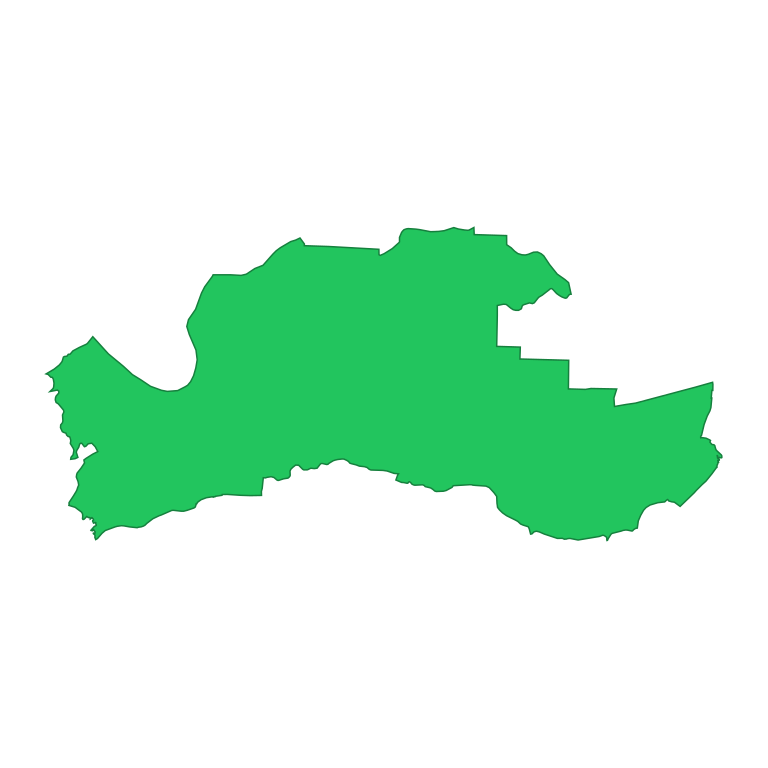 outline of Pardina, Tulcea, Romania
{"feature_id": "2599482B7661903107032", "entity_name": "Pardina", "entity_type": "district", "adm_level": 2, "iso_a3": "ROU", "parent_name": "Romania", "parent_adm1": "Tulcea", "projection": "mercator", "projection_center": [29.053, 45.284], "detail": "fine", "context": "isolated", "style": "filled", "palette": "green", "viewbox_px": 768, "rotation_deg": 0, "n_neighbors": 0, "source": "geoboundaries", "source_scale": "gbopen_adm2", "svg_char_len": 5994}
<svg xmlns="http://www.w3.org/2000/svg" viewBox="0 0 768 768"><path d="M83.9,460.0L84.5,463.0L81.1,468.1L77.2,473.0L76.7,474.4L76.3,477.0L78.1,481.6L78.7,485.1L77.7,487.4L77.0,489.7L76.2,491.4L73.4,496.0L69.1,502.5L69.0,504.0L69.3,504.3L68.9,505.4L75.1,507.3L81.4,512.0L82.1,513.0L82.6,514.3L82.7,516.6L82.5,518.7L82.9,519.4L83.3,519.5L84.1,519.2L86.8,516.5L88.4,517.6L89.1,517.4L90.1,517.8L90.2,519.1L90.7,518.8L91.5,517.8L91.8,517.6L92.1,517.7L92.2,518.2L93.1,518.7L93.6,520.0L92.8,520.5L92.6,521.0L93.5,523.1L93.8,523.2L95.0,522.4L95.8,522.6L95.8,524.1L96.2,524.5L96.3,525.3L95.6,525.9L94.4,526.3L90.9,530.3L91.1,530.5L91.9,530.4L92.2,530.8L92.7,530.7L93.0,530.4L92.8,529.6L93.3,529.5L93.7,529.8L95.1,531.8L95.1,532.8L94.9,533.2L93.9,533.0L93.3,533.3L93.4,533.7L95.0,535.1L94.9,537.7L95.3,538.1L95.3,538.6L95.7,539.6L97.5,538.5L102.0,533.3L105.3,530.5L115.1,526.9L117.2,526.3L121.4,525.7L124.0,525.9L129.6,526.9L137.2,527.7L138.5,527.2L141.0,526.9L143.4,526.1L145.0,525.2L146.8,523.4L152.9,518.7L159.2,515.7L161.0,515.1L171.8,510.4L173.4,510.3L181.3,511.2L183.7,511.2L187.2,510.3L193.9,508.0L195.0,507.3L195.4,506.7L195.9,505.1L196.0,504.0L196.6,504.0L197.6,502.3L199.3,501.0L201.1,499.7L206.4,497.7L212.2,496.8L213.0,496.7L213.1,497.1L213.7,497.1L213.8,496.8L215.3,496.6L215.4,496.3L222.0,495.3L222.2,494.5L227.2,494.4L240.8,495.3L250.4,495.6L261.5,495.4L261.4,491.4L262.2,488.4L263.3,477.7L265.4,477.9L267.2,477.3L271.1,476.7L274.0,477.5L276.9,480.0L277.9,480.4L278.6,480.4L283.6,478.8L288.0,478.1L289.2,477.1L290.0,476.0L290.2,475.1L290.0,471.2L290.8,469.3L292.8,467.3L295.6,465.1L298.6,465.2L302.7,469.3L303.9,469.9L307.5,469.8L310.8,468.2L314.3,468.6L317.1,468.2L320.4,464.0L321.0,463.6L322.4,463.5L326.7,464.5L327.9,464.3L329.0,463.3L333.1,460.8L335.1,460.1L337.7,459.5L342.1,459.0L344.0,459.1L347.0,460.5L348.5,461.5L349.8,463.1L351.1,463.6L356.2,464.9L359.3,466.1L364.6,466.7L367.1,467.5L369.2,469.3L370.9,470.0L383.0,470.4L387.1,471.0L394.1,473.4L398.5,473.8L397.6,475.2L395.9,480.0L401.5,482.4L404.0,482.6L406.8,483.2L407.8,483.2L408.7,482.0L409.4,481.7L410.7,482.6L411.9,484.1L413.5,484.9L414.8,485.2L422.6,484.8L424.1,485.4L425.2,486.6L430.6,487.9L432.9,489.4L434.7,491.0L436.3,491.5L443.5,491.2L446.2,490.5L452.0,487.4L453.3,485.7L469.8,484.7L472.2,484.8L472.6,485.1L475.6,485.4L486.0,486.1L489.3,487.6L493.9,492.6L496.7,496.4L497.0,503.4L497.5,506.5L497.4,506.9L498.0,508.0L499.5,509.9L502.6,512.9L506.6,515.7L515.3,520.0L517.8,521.4L520.6,524.0L523.1,525.1L528.2,526.7L529.2,528.7L530.6,534.1L531.9,533.9L534.1,531.8L536.4,531.2L539.3,531.9L544.1,534.0L557.4,538.4L562.4,538.3L564.3,539.2L566.7,539.0L567.6,538.6L569.9,538.4L578.1,540.0L599.2,536.5L602.8,535.2L604.1,535.5L606.2,536.9L606.8,537.9L606.8,539.8L607.0,540.5L607.5,540.3L608.3,538.5L610.5,535.0L611.4,533.8L612.4,533.3L621.1,531.1L623.1,530.4L625.7,530.0L627.4,530.1L631.7,531.0L632.5,530.9L633.8,529.5L635.6,528.4L637.3,528.1L638.3,520.9L640.7,515.3L643.6,510.2L646.1,507.5L650.1,505.0L657.8,502.7L664.7,501.9L666.8,499.9L667.7,499.5L668.7,500.9L671.6,501.8L674.4,502.2L680.1,506.4L694.2,492.8L696.4,490.3L702.1,484.6L705.9,481.2L712.0,473.7L716.0,468.2L716.9,467.3L716.6,467.0L717.0,466.4L717.1,465.1L717.9,463.6L717.8,462.7L718.6,462.2L717.8,460.9L717.8,460.5L718.6,460.6L719.3,460.1L719.3,459.5L717.6,458.2L717.2,455.6L717.5,455.6L717.8,456.9L718.9,458.1L719.5,457.4L720.1,457.7L721.6,457.8L721.9,457.3L721.7,455.5L721.2,454.8L717.1,451.0L715.9,449.6L715.1,446.9L714.8,445.6L714.0,444.8L711.8,444.4L709.9,442.1L710.5,440.5L709.7,439.9L706.1,438.2L701.9,437.6L700.7,437.8L700.6,437.1L700.8,436.2L701.5,435.4L704.1,424.5L707.2,416.1L709.9,410.9L710.9,407.6L711.8,398.1L711.2,398.2L711.9,390.3L712.8,390.4L712.9,384.3L712.6,382.3L695.3,387.2L635.6,403.1L625.9,404.5L614.5,406.5L613.9,398.0L616.7,389.0L591.0,388.5L585.4,389.4L568.4,388.9L568.7,360.3L519.9,359.0L520.3,347.1L496.7,346.4L497.3,315.6L497.3,305.5L503.4,304.2L506.2,304.4L511.0,308.3L513.2,309.7L515.7,310.3L518.6,310.3L521.2,308.9L521.7,307.9L522.0,306.3L523.2,304.9L529.4,302.9L532.4,303.6L534.3,302.8L537.9,298.2L539.1,297.0L542.2,295.2L550.5,288.7L551.7,288.6L552.8,289.4L556.6,293.5L559.4,295.5L561.8,296.9L564.6,298.0L565.6,298.2L566.7,297.9L569.2,294.7L570.3,294.2L571.1,294.2L568.6,282.7L565.0,279.6L557.2,274.1L549.5,264.5L543.7,255.8L541.1,253.7L537.5,252.0L533.5,252.2L528.3,254.3L525.3,255.0L522.0,254.8L517.9,253.6L514.6,251.2L511.2,247.8L506.7,244.7L506.6,235.6L474.2,234.6L473.9,227.5L469.0,230.1L467.8,230.3L464.5,230.0L458.4,229.0L453.8,227.6L444.2,230.7L438.8,231.4L434.3,231.6L430.6,231.7L419.5,229.6L415.7,229.1L408.1,228.6L406.3,228.9L404.0,229.7L402.7,231.0L401.6,232.4L399.5,237.4L399.5,241.9L399.0,242.6L392.3,248.6L384.1,253.7L380.2,255.4L379.0,254.7L378.9,249.3L328.6,246.5L304.3,245.7L304.4,244.0L300.0,238.0L295.6,240.1L290.7,241.6L280.2,247.8L276.2,250.8L272.9,254.1L263.0,265.3L254.9,268.5L246.3,274.2L241.1,275.4L230.3,274.8L213.1,274.8L212.4,276.3L204.7,286.8L201.5,293.1L195.6,309.3L188.5,319.6L186.8,326.5L189.3,334.5L196.0,350.1L197.2,359.8L195.8,368.0L193.6,375.7L190.6,381.7L187.6,385.3L185.1,386.8L177.7,390.6L167.3,391.4L161.5,390.3L150.5,386.3L140.8,379.8L132.4,374.6L123.4,366.3L108.4,353.9L92.8,336.7L87.7,343.1L86.6,344.1L79.2,347.5L72.9,350.9L70.1,354.2L68.3,354.3L66.9,356.2L64.4,356.5L63.4,357.1L62.1,361.5L59.4,364.9L54.2,369.1L46.1,373.9L48.2,374.5L50.8,377.2L52.4,377.4L53.3,379.1L54.0,383.1L53.7,386.7L53.2,388.4L50.0,391.5L57.3,390.1L58.8,391.1L58.8,393.0L56.1,396.1L55.5,397.8L55.3,399.9L56.1,402.5L58.1,403.7L59.2,404.9L63.5,410.1L63.9,411.9L62.5,415.0L62.9,421.0L62.4,422.8L60.7,424.9L60.5,427.7L62.3,431.6L63.5,432.3L66.0,433.2L66.6,435.0L68.1,436.5L69.6,436.8L70.1,437.8L70.8,440.6L70.3,443.5L73.3,448.4L73.9,450.3L73.1,454.7L71.0,457.3L70.7,459.3L75.1,458.7L77.9,457.4L76.3,452.3L76.7,450.6L78.8,447.1L79.6,444.2L80.5,443.3L81.8,443.3L84.4,446.7L85.8,446.3L88.2,443.8L91.8,443.2L95.2,446.7L97.8,451.6L92.8,454.1L86.0,458.4L83.9,460.0Z" fill="#22c55e" stroke="#15803d" stroke-width="1.5"/></svg>